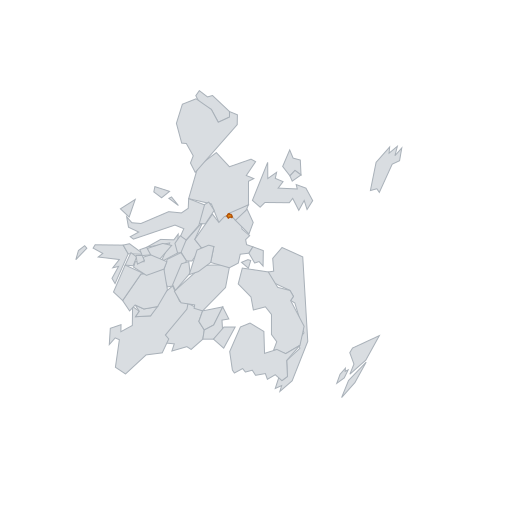 Luxembourg on a map of Europe (Natural Earth projection), rotated 123°
{"feature_id": "LUX", "entity_name": "Luxembourg", "entity_type": "country or territory", "adm_level": 0, "iso_a3": "LUX", "parent_name": "Europe", "parent_adm1": "", "projection": "natural_earth1", "projection_center": [6.062, 49.806], "detail": "fine", "context": "in_parent", "style": "filled", "palette": "amber", "viewbox_px": 512, "rotation_deg": 123, "n_neighbors": 37, "source": "natural_earth", "source_scale": "50m", "svg_char_len": 8048}
<svg xmlns="http://www.w3.org/2000/svg" viewBox="0 0 512 512"><g transform="rotate(123 256 256)"><path d="M255.6,109.2L283.5,107.2L304.0,112.9L293.3,115.0L286.0,124.7L280.6,124.9L255.6,109.2ZM356.6,167.7L345.1,170.8L346.4,166.4L339.9,164.0L326.9,173.4L309.6,168.9L303.6,174.9L294.4,173.9L274.2,197.9L274.5,202.7L269.5,202.6L266.4,208.7L269.1,228.6L262.7,237.0L259.1,232.9L248.9,240.7L234.7,238.8L231.3,216.3L299.4,166.1L341.0,157.7L356.6,162.2L350.7,163.9L356.6,167.7ZM328.1,107.1L310.0,110.6L285.0,105.8L308.3,104.1L328.1,107.1ZM318.8,118.9L309.4,121.1L301.4,119.9L304.2,118.4L301.3,116.7L310.2,115.6L318.8,118.9Z" fill="#d9dde1" stroke="#a8b0b8" stroke-width="1"/><path d="M217.2,290.2L248.1,305.4L236.6,321.8L244.6,343.7L212.3,353.5L190.9,345.6L195.6,326.9L177.5,312.9L177.1,307.7L193.8,308.0L192.3,300.0L197.4,303.0L217.2,290.2ZM252.5,359.0L255.9,348.6L255.1,360.5L252.5,359.0Z" fill="#d9dde1" stroke="#a8b0b8" stroke-width="1"/><path d="M262.7,237.0L270.5,220.7L266.4,208.7L269.5,202.6L274.5,202.7L288.7,177.4L306.9,170.5L321.7,177.9L324.9,190.1L316.6,191.9L313.4,200.3L296.6,211.2L293.5,220.4L302.7,228.8L293.1,237.9L289.1,255.7L273.6,260.9L262.7,237.0Z" fill="#d9dde1" stroke="#a8b0b8" stroke-width="1"/><path d="M354.7,255.3L369.7,259.5L369.7,264.6L381.5,274.8L374.2,276.7L377.7,283.5L371.6,289.0L332.8,287.2L331.1,270.9L342.0,268.3L346.2,259.1L354.7,255.3Z" fill="#d9dde1" stroke="#a8b0b8" stroke-width="1"/><path d="M401.4,329.5L410.2,330.8L396.0,338.8L387.1,331.8L393.1,328.1L381.6,321.9L365.6,332.0L365.9,323.8L372.5,323.9L363.6,311.8L342.5,314.5L326.5,309.6L335.6,295.4L332.8,287.2L338.2,285.0L371.6,289.0L373.1,284.0L388.3,281.9L398.8,294.3L426.0,301.2L425.9,313.3L400.6,325.0L401.4,329.5Z" fill="#d9dde1" stroke="#a8b0b8" stroke-width="1"/><path d="M331.1,270.9L333.6,279.4L330.4,280.8L336.1,293.4L330.0,305.3L292.7,295.4L280.4,277.4L280.4,272.0L299.0,264.4L331.1,270.9Z" fill="#d9dde1" stroke="#a8b0b8" stroke-width="1"/><path d="M298.0,311.7L293.0,322.1L285.3,323.9L256.0,319.1L275.4,316.4L278.8,306.4L295.1,307.0L298.0,311.7Z" fill="#d9dde1" stroke="#a8b0b8" stroke-width="1"/><path d="M326.5,309.6L330.3,313.5L321.5,324.7L307.2,328.7L294.0,320.8L298.0,311.7L326.5,309.6Z" fill="#d9dde1" stroke="#a8b0b8" stroke-width="1"/><path d="M352.0,311.0L363.6,311.8L372.5,323.9L365.9,323.8L362.9,330.7L361.5,321.2L352.0,311.0Z" fill="#d9dde1" stroke="#a8b0b8" stroke-width="1"/><path d="M362.9,330.7L370.9,332.1L366.0,343.6L333.7,342.7L317.1,326.1L332.6,311.9L352.0,311.0L361.5,321.2L362.9,330.7Z" fill="#d9dde1" stroke="#a8b0b8" stroke-width="1"/><path d="M346.2,259.1L342.0,268.3L331.1,270.9L316.8,256.2L336.9,253.9L346.2,259.1Z" fill="#d9dde1" stroke="#a8b0b8" stroke-width="1"/><path d="M348.9,246.4L354.7,255.3L346.2,259.1L336.9,253.9L316.8,256.2L323.6,244.5L328.3,249.6L337.3,243.0L348.9,246.4Z" fill="#d9dde1" stroke="#a8b0b8" stroke-width="1"/><path d="M350.9,232.9L348.9,246.4L333.0,244.2L326.9,234.8L350.9,232.9Z" fill="#d9dde1" stroke="#a8b0b8" stroke-width="1"/><path d="M280.4,272.0L286.1,290.5L271.0,296.5L278.8,306.4L275.4,316.4L244.6,315.3L248.1,305.4L240.1,304.0L236.6,297.5L236.3,285.3L241.0,282.6L242.4,272.4L247.9,273.6L251.6,270.1L250.0,263.6L257.5,263.5L263.1,270.2L271.6,267.0L280.4,272.0Z" fill="#d9dde1" stroke="#a8b0b8" stroke-width="1"/><path d="M331.8,339.7L333.7,342.7L366.0,343.6L363.8,355.9L334.9,360.8L331.8,339.7Z" fill="#d9dde1" stroke="#a8b0b8" stroke-width="1"/><path d="M357.2,405.1L348.1,407.9L340.7,405.3L341.6,402.1L357.2,405.1ZM323.8,364.4L355.9,359.2L353.2,364.6L339.6,365.6L343.9,369.7L333.4,368.7L342.8,387.8L337.3,385.9L338.1,396.9L334.2,397.0L319.2,373.3L323.8,364.4Z" fill="#d9dde1" stroke="#a8b0b8" stroke-width="1"/><path d="M323.8,364.4L319.2,373.3L314.6,368.8L315.7,351.0L323.8,364.4Z" fill="#d9dde1" stroke="#a8b0b8" stroke-width="1"/><path d="M296.2,323.4L312.7,332.5L292.1,335.5L308.3,352.5L294.0,345.0L287.2,333.7L280.0,333.2L296.2,323.4Z" fill="#d9dde1" stroke="#a8b0b8" stroke-width="1"/><path d="M256.6,316.0L261.1,323.5L243.6,328.6L236.5,325.0L240.5,315.9L256.6,316.0Z" fill="#d9dde1" stroke="#a8b0b8" stroke-width="1"/><path d="M237.3,292.7L234.6,301.7L217.2,290.2L230.8,287.9L237.3,292.7Z" fill="#d9dde1" stroke="#a8b0b8" stroke-width="1"/><path d="M241.3,273.9L237.3,292.7L221.6,288.9L229.4,276.6L241.3,273.9Z" fill="#d9dde1" stroke="#a8b0b8" stroke-width="1"/><path d="M149.3,356.9L153.9,353.9L164.4,360.5L157.4,373.3L159.6,384.7L154.3,393.8L148.2,393.6L149.0,383.3L145.1,379.9L149.3,356.9Z" fill="#d9dde1" stroke="#a8b0b8" stroke-width="1"/><path d="M156.8,391.9L157.4,373.3L164.4,360.5L153.9,353.9L149.3,356.9L147.7,348.5L156.1,343.3L219.0,352.5L213.7,361.6L206.2,363.2L199.6,375.7L201.8,379.8L188.1,395.0L168.8,400.4L156.8,391.9Z" fill="#d9dde1" stroke="#a8b0b8" stroke-width="1"/><path d="M170.3,271.2L166.4,282.4L148.7,285.5L153.7,278.2L151.4,271.1L163.5,262.4L163.0,269.9L170.3,271.2Z" fill="#d9dde1" stroke="#a8b0b8" stroke-width="1"/><path d="M261.5,320.6L280.6,323.3L281.5,329.9L272.4,331.4L274.2,340.8L308.6,368.0L308.3,372.0L299.8,367.4L301.3,378.6L293.5,385.9L295.7,378.2L291.4,370.2L266.4,353.4L260.5,342.0L252.9,338.8L244.6,343.7L241.2,327.0L261.5,320.6ZM274.3,388.1L292.4,383.6L290.3,395.4L274.3,388.1ZM248.9,363.7L258.6,366.9L257.9,376.6L252.9,378.6L248.9,363.7Z" fill="#d9dde1" stroke="#a8b0b8" stroke-width="1"/><path d="M257.5,263.5L250.0,263.6L247.5,252.8L260.6,244.6L259.0,250.4L262.6,253.3L257.5,263.5ZM270.4,255.7L269.2,264.7L263.5,260.8L262.6,258.0L270.4,255.7Z" fill="#d9dde1" stroke="#a8b0b8" stroke-width="1"/><path d="M170.3,271.2L163.0,269.9L163.5,262.4L173.5,266.4L170.3,271.2ZM187.0,274.4L177.3,257.9L174.2,261.2L171.9,251.1L178.7,238.6L189.2,238.5L183.2,245.8L194.4,245.0L187.7,256.6L193.2,257.1L206.3,277.7L212.8,279.1L211.3,289.3L171.1,297.2L184.6,288.3L174.6,284.3L180.4,282.1L178.9,273.8L187.0,274.4Z" fill="#d9dde1" stroke="#a8b0b8" stroke-width="1"/><path d="M135.5,187.2L133.8,191.3L138.8,195.7L112.0,206.3L91.8,203.3L97.3,200.4L87.0,197.2L96.2,194.1L86.0,192.6L97.9,187.5L104.8,191.8L135.5,187.2Z" fill="#d9dde1" stroke="#a8b0b8" stroke-width="1"/><path d="M280.6,323.3L294.0,320.8L296.2,323.4L289.5,330.9L280.3,330.6L280.6,323.3Z" fill="#d9dde1" stroke="#a8b0b8" stroke-width="1"/><path d="M346.4,166.4L345.1,175.2L353.2,179.3L349.5,184.1L356.3,191.4L353.8,196.9L359.1,201.7L357.7,205.9L365.9,210.4L364.5,213.7L350.5,226.0L324.0,230.4L315.5,224.5L315.0,208.3L333.0,195.8L323.0,187.6L321.7,177.9L306.9,170.5L326.9,173.4L339.9,164.0L346.4,166.4Z" fill="#d9dde1" stroke="#a8b0b8" stroke-width="1"/><path d="M328.8,304.9L325.4,310.3L303.1,314.3L297.3,309.3L306.3,302.0L328.8,304.9Z" fill="#d9dde1" stroke="#a8b0b8" stroke-width="1"/><path d="M286.1,290.5L300.4,295.8L308.0,301.9L283.1,308.7L272.7,301.6L271.0,296.5L286.1,290.5Z" fill="#d9dde1" stroke="#a8b0b8" stroke-width="1"/><path d="M308.9,351.3L296.3,341.1L293.1,332.5L312.7,335.2L313.7,344.6L308.9,351.3Z" fill="#d9dde1" stroke="#a8b0b8" stroke-width="1"/><path d="M331.1,353.7L334.9,360.8L321.3,362.7L321.8,355.6L331.1,353.7Z" fill="#d9dde1" stroke="#a8b0b8" stroke-width="1"/><path d="M309.3,327.6L317.1,326.1L331.9,337.3L332.0,352.6L326.5,354.2L321.7,346.7L318.6,350.1L312.4,344.9L309.3,327.6Z" fill="#d9dde1" stroke="#a8b0b8" stroke-width="1"/><path d="M317.6,351.7L313.9,356.9L308.3,352.5L312.4,344.9L317.6,351.7Z" fill="#d9dde1" stroke="#a8b0b8" stroke-width="1"/><path d="M320.9,357.0L317.6,351.7L320.6,347.1L327.4,351.0L320.9,357.0Z" fill="#d9dde1" stroke="#a8b0b8" stroke-width="1"/><path d="M237.0,297.5L237.0,298.1L237.2,298.6L237.5,299.0L237.8,299.3L238.2,299.5L238.8,299.8L239.1,299.8L239.1,300.1L239.1,300.4L238.9,300.6L238.7,300.9L238.5,301.2L238.3,301.8L238.3,302.3L237.9,302.1L237.7,302.0L237.4,301.9L237.1,302.0L236.8,302.2L236.5,302.3L236.2,302.2L235.8,302.0L235.4,301.9L235.2,301.6L235.4,301.5L235.5,301.4L235.6,301.1L235.7,300.9L235.3,300.3L235.2,300.1L234.9,299.7L235.0,299.4L234.9,299.3L235.0,298.9L235.2,298.6L235.4,298.3L235.7,297.8L236.3,297.2L236.7,297.3L236.9,297.3L237.0,297.5L237.0,297.5Z" fill="#f59e0b" stroke="#b45309" stroke-width="1.5"/></g></svg>